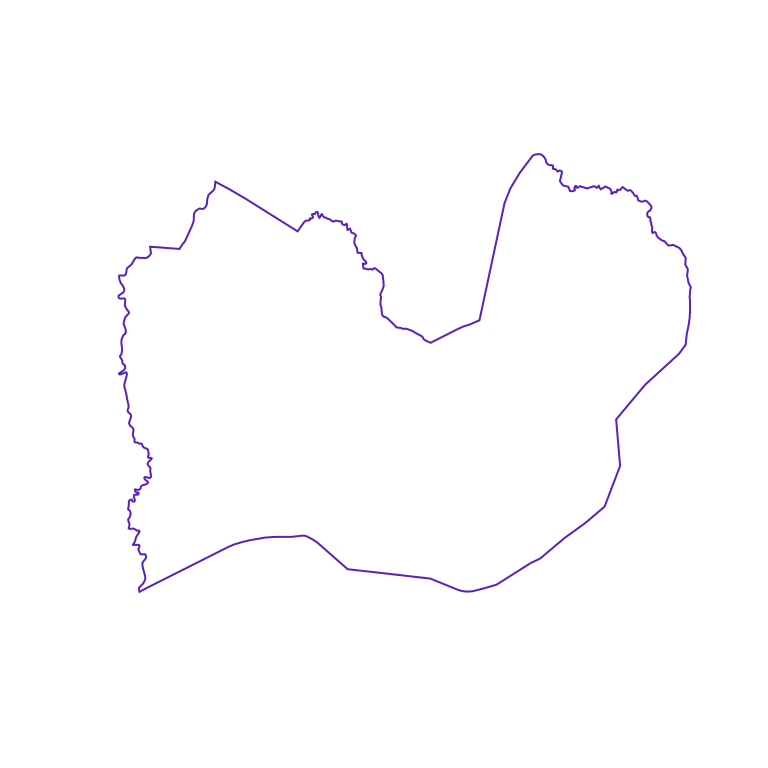 the district of Belen, Lempira, Honduras, rotated 14°
{"feature_id": "27666195B74461525568246", "entity_name": "Belen", "entity_type": "district", "adm_level": 2, "iso_a3": "HND", "parent_name": "Honduras", "parent_adm1": "Lempira", "projection": "equal_earth", "projection_center": [-88.46, 14.523], "detail": "fine", "context": "isolated", "style": "outline", "palette": "violet", "viewbox_px": 768, "rotation_deg": 14, "n_neighbors": 0, "source": "geoboundaries", "source_scale": "gbopen_adm2", "svg_char_len": 6153}
<svg xmlns="http://www.w3.org/2000/svg" viewBox="0 0 768 768"><g transform="rotate(14 384 384)"><path d="M541.6,551.6L569.5,522.4L577.7,515.6L596.4,489.8L613.3,469.7L627.7,449.6L632.9,406.3L617.8,362.2L637.5,321.6L662.9,283.4L667.2,272.8L665.7,262.6L665.3,252.5L664.4,244.6L663.9,242.6L663.7,240.7L660.4,227.9L659.7,226.6L658.3,218.0L658.4,216.0L654.9,212.0L653.9,209.6L652.3,206.6L651.6,204.3L651.5,201.6L651.0,199.3L650.5,198.4L647.4,195.3L646.3,188.9L645.0,187.4L643.0,185.8L639.7,181.9L637.6,180.5L630.8,179.1L627.9,180.4L626.3,180.8L621.7,177.6L619.6,177.6L614.6,175.7L612.4,173.6L611.2,171.6L610.6,171.1L609.4,171.3L608.2,172.4L607.8,172.4L606.9,170.2L606.4,167.0L604.9,165.0L604.2,162.7L603.1,161.7L602.8,160.0L602.2,158.7L601.4,157.8L600.3,158.2L599.8,158.0L598.9,157.0L598.3,155.6L598.2,154.4L598.5,153.1L599.0,152.3L600.1,151.4L600.6,150.1L600.9,148.4L600.7,147.4L600.1,146.6L595.0,143.2L593.0,142.9L591.4,144.1L589.5,144.8L586.6,144.5L586.0,144.0L585.1,142.0L583.8,140.4L583.2,140.2L582.2,140.7L581.6,140.6L579.4,138.3L577.1,136.7L575.6,136.4L574.2,137.4L573.4,137.5L568.0,135.2L567.4,135.9L566.1,138.6L563.4,139.0L563.3,139.4L563.6,140.6L563.0,141.8L562.4,142.1L561.3,141.7L559.0,144.4L558.5,144.2L558.4,142.9L558.0,141.9L556.7,140.3L555.8,139.8L551.2,138.8L547.2,142.6L545.6,141.4L544.5,139.8L542.9,142.2L541.7,141.5L539.7,141.4L533.7,145.1L526.2,144.7L525.6,145.1L524.8,146.5L524.0,146.9L523.3,146.7L522.7,145.5L522.0,145.4L521.5,146.2L521.3,147.5L521.5,148.5L522.3,149.4L522.1,150.2L520.5,151.2L518.0,151.8L515.0,148.0L509.5,148.0L505.6,144.6L505.5,135.8L505.3,135.0L504.8,134.6L502.8,134.3L501.6,135.6L501.0,135.8L498.7,134.1L496.1,134.4L495.5,133.7L495.6,132.1L495.2,131.4L494.0,131.1L491.5,131.6L488.9,130.8L487.7,129.5L486.7,127.3L483.9,124.6L481.6,123.5L479.8,123.2L476.3,124.3L474.6,125.1L473.1,126.3L464.7,146.1L459.3,163.6L457.2,179.1L461.2,299.1L452.3,305.9L447.1,309.0L441.6,313.4L419.3,332.7L415.5,332.1L412.8,331.4L411.4,330.7L410.0,329.1L409.1,328.5L402.9,327.0L398.4,325.6L392.2,324.9L389.3,325.9L386.9,325.5L382.4,326.1L380.9,324.9L372.3,319.9L369.7,318.8L367.4,318.7L366.0,317.9L365.1,316.6L362.9,310.4L361.4,308.0L360.6,304.5L360.2,300.5L358.8,298.4L358.8,297.2L359.7,292.8L360.0,289.1L358.5,284.2L356.3,278.5L354.9,277.3L347.3,273.8L346.1,274.3L345.5,275.5L345.0,275.8L343.6,275.5L341.2,276.6L336.0,276.7L334.4,272.3L334.7,272.0L335.8,272.3L336.8,271.9L337.5,271.3L337.5,270.5L336.2,269.2L334.2,268.1L333.1,267.1L331.3,264.6L330.5,262.4L326.6,263.0L324.8,258.7L322.0,255.8L321.0,254.0L320.5,251.5L320.5,249.1L320.9,247.3L320.7,246.4L318.4,245.2L316.0,245.1L313.5,241.5L311.6,243.3L311.2,243.3L309.5,238.3L309.0,237.6L308.6,237.7L308.2,238.7L307.7,239.2L305.8,239.3L304.2,238.5L303.8,236.8L303.0,236.5L301.3,237.1L298.0,237.0L295.8,238.5L294.6,238.7L291.4,237.3L289.0,237.3L287.8,236.8L285.5,236.6L284.4,236.0L282.7,234.2L282.1,234.9L281.6,237.4L281.1,238.3L279.8,237.0L278.1,233.3L276.9,233.3L276.4,233.8L275.8,235.8L274.2,236.1L273.1,236.9L273.4,237.6L274.3,238.5L274.8,239.5L274.7,239.8L273.6,240.9L272.1,241.3L272.5,242.4L271.9,243.3L268.7,244.4L267.7,245.6L266.4,248.4L263.3,256.8L204.5,237.6L186.7,232.4L171.4,228.5L172.1,232.5L172.2,235.9L171.6,237.6L168.8,241.6L167.9,243.4L167.8,247.4L168.6,252.3L168.3,254.6L167.3,256.6L166.3,257.7L165.5,258.1L162.9,258.3L162.2,258.6L159.5,261.6L158.7,263.4L158.5,265.1L159.9,271.7L159.4,277.2L156.5,292.8L156.0,294.5L154.6,297.2L152.9,302.4L123.8,307.4L126.3,313.6L125.7,315.6L125.0,316.9L123.6,318.6L122.2,319.4L115.4,320.9L113.4,321.0L112.8,321.3L111.6,323.8L110.0,329.3L106.8,333.6L106.6,335.0L107.0,339.2L106.6,340.8L105.5,341.7L101.2,342.6L100.8,343.0L100.9,343.9L102.2,346.9L104.5,350.1L106.3,351.3L108.7,354.2L109.2,355.3L109.2,356.8L108.8,358.4L105.3,362.2L105.1,363.0L105.4,363.9L105.9,364.6L106.8,364.9L108.6,364.7L110.6,363.8L112.0,364.1L112.6,365.1L113.4,369.9L113.9,371.2L116.4,373.8L118.6,375.5L119.4,376.5L119.3,377.2L116.8,381.8L116.5,386.6L117.0,389.1L119.9,393.1L121.0,396.3L120.8,397.8L119.3,399.6L118.6,403.9L119.2,407.6L121.3,413.0L121.8,415.2L122.0,418.6L121.0,420.9L121.7,422.0L124.0,424.1L125.4,427.2L128.3,428.9L128.9,430.5L128.6,433.1L124.8,437.2L124.5,437.9L124.5,438.4L125.1,438.7L125.9,438.5L131.0,435.0L131.8,435.7L132.3,437.4L132.1,446.9L132.4,448.7L136.9,457.1L138.0,460.0L141.2,466.3L141.8,468.3L141.5,471.1L141.8,472.3L142.9,473.3L145.4,474.6L146.1,475.7L146.5,476.9L146.0,482.9L146.2,483.9L147.9,485.9L150.5,487.3L151.8,488.4L152.1,489.4L152.5,494.0L153.2,495.3L155.3,497.8L156.0,500.6L156.6,500.8L159.4,500.5L160.8,501.1L162.7,500.5L163.7,500.9L165.3,503.1L166.2,503.7L170.1,504.3L170.9,504.9L172.8,509.2L172.5,510.8L172.9,512.3L173.8,512.6L175.6,512.0L176.6,512.5L175.8,514.3L174.2,517.0L173.9,518.6L174.9,520.0L177.8,522.1L178.1,524.8L180.0,529.0L180.3,530.7L179.8,531.6L178.7,532.1L175.6,531.8L174.4,532.2L174.1,533.1L174.4,533.8L175.6,534.7L178.6,536.0L178.9,536.5L178.7,537.2L178.1,538.1L176.7,539.3L173.5,541.1L173.1,542.2L172.9,544.8L172.4,545.4L171.0,546.4L168.4,546.3L167.9,546.7L168.1,547.5L169.2,548.8L170.6,549.2L172.0,548.9L172.4,549.3L172.5,549.9L171.9,551.0L168.6,551.8L168.3,552.2L168.5,553.7L170.2,556.7L170.4,557.8L170.2,558.5L168.3,558.8L167.0,557.1L165.9,557.7L165.0,558.8L164.9,559.6L165.8,564.0L165.9,566.7L166.3,567.8L167.5,568.1L168.4,568.9L169.5,570.9L169.7,572.4L169.5,574.6L168.5,577.3L169.1,578.8L170.9,581.3L171.2,583.6L171.1,585.3L171.3,586.0L172.2,586.2L176.1,584.8L180.1,586.1L181.8,585.5L182.4,586.0L182.3,587.6L180.6,592.1L180.4,596.7L180.0,598.9L179.3,600.4L179.3,600.8L185.2,599.4L185.7,600.1L186.1,601.3L186.0,602.1L185.6,603.3L185.7,604.1L188.4,607.5L189.3,608.1L193.5,607.0L193.9,607.3L194.6,608.4L195.0,609.9L195.0,611.1L193.0,615.2L192.9,616.2L193.5,618.4L194.7,621.1L198.5,627.8L199.5,630.5L199.3,633.0L198.7,635.5L198.0,637.0L196.4,639.3L195.6,641.2L195.7,642.1L197.1,644.8L204.3,638.3L272.3,579.8L277.8,575.7L284.4,571.8L291.5,568.1L305.5,561.9L315.2,558.7L331.2,554.7L341.7,550.8L344.1,550.4L346.4,550.6L352.7,552.2L357.7,554.0L393.5,572.5L476.0,561.6L506.0,565.9L509.8,566.0L513.6,565.6L516.7,564.8L520.4,563.5L530.1,558.3L541.6,551.6Z" fill="none" stroke="#5b21b6" stroke-width="2"/></g></svg>